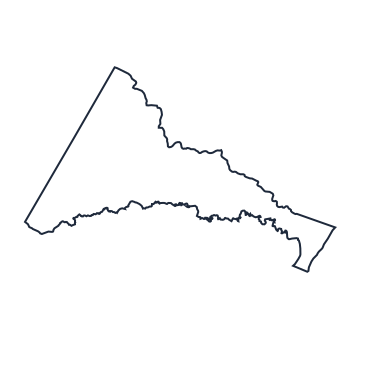 the district of Santo Antônio do Içá, Amazonas, Brazil, rotated 20°
{"feature_id": "56859067B66310767394995", "entity_name": "Santo Antônio do Içá", "entity_type": "district", "adm_level": 2, "iso_a3": "BRA", "parent_name": "Brazil", "parent_adm1": "Amazonas", "projection": "albers", "projection_center": [-68.777, -3.083], "detail": "fine", "context": "isolated", "style": "outline", "palette": "slate", "viewbox_px": 384, "rotation_deg": 20, "n_neighbors": 0, "source": "geoboundaries", "source_scale": "gbopen_adm2", "svg_char_len": 6103}
<svg xmlns="http://www.w3.org/2000/svg" viewBox="0 0 384 384"><g transform="rotate(20 192 192)"><path d="M327.6,227.5L328.4,226.4L327.6,222.8L328.0,216.5L328.8,213.0L331.0,208.2L331.0,206.9L331.6,204.7L333.5,200.8L333.8,199.7L333.9,196.0L335.6,189.4L337.2,179.9L338.7,176.3L297.9,176.7L296.9,177.3L295.7,177.3L293.0,176.8L291.7,176.2L291.1,175.0L289.7,174.5L288.7,174.5L286.7,172.9L285.3,173.2L283.9,175.3L282.6,175.5L281.7,174.9L279.3,176.3L278.1,176.5L276.8,176.0L276.0,174.9L275.7,173.5L275.0,172.1L273.7,171.8L272.4,172.6L270.8,172.8L270.1,172.1L269.7,170.9L269.6,167.3L268.5,166.0L265.0,165.3L260.8,166.4L259.7,166.3L254.9,163.7L252.0,163.5L250.9,162.9L250.9,160.0L250.1,159.4L248.6,159.4L243.9,158.8L241.6,159.4L237.7,159.4L236.2,159.1L235.4,157.9L234.1,157.8L231.3,158.8L228.7,158.8L226.4,158.1L225.1,158.3L223.9,159.0L222.7,159.2L220.3,158.4L219.2,157.5L218.1,155.3L215.5,152.7L214.3,150.4L209.4,149.1L208.0,148.6L207.0,147.5L206.7,144.9L206.2,143.8L205.1,142.7L204.2,143.5L201.7,144.2L200.4,145.2L198.1,147.9L196.6,148.9L194.9,149.5L193.3,149.4L191.9,148.8L190.6,149.0L189.4,149.6L188.0,150.7L186.8,152.3L185.8,152.8L184.6,152.6L183.7,151.9L181.3,151.6L180.3,151.1L179.0,151.2L176.3,152.2L174.9,151.9L173.6,152.0L172.4,152.3L171.7,153.3L170.4,153.6L169.3,154.3L168.1,154.3L167.0,153.6L165.1,150.5L164.3,149.8L163.2,149.4L161.5,150.0L160.0,151.1L159.1,152.4L157.9,155.6L156.8,156.9L155.2,157.8L154.6,157.6L153.8,157.4L152.6,154.7L151.1,152.6L150.7,151.1L149.9,150.1L146.7,148.4L145.2,144.6L143.5,142.8L141.9,141.9L138.8,143.0L138.3,141.6L139.0,138.8L137.4,135.2L137.4,129.8L136.1,127.2L134.4,124.8L132.8,124.1L130.9,124.6L129.5,122.9L124.1,124.3L121.1,125.7L119.7,126.0L118.6,124.1L118.5,122.2L117.6,120.8L116.4,119.8L114.4,117.0L113.0,115.6L110.3,114.1L104.8,113.9L103.1,114.5L100.9,114.1L101.0,112.3L102.1,110.4L102.3,108.5L101.5,107.4L96.9,106.1L94.5,103.7L91.7,102.6L79.2,101.2L76.7,101.3L62.8,180.4L45.3,277.2L48.9,278.4L51.1,280.6L54.1,280.8L55.0,281.2L60.8,281.6L62.5,282.1L63.5,282.8L65.3,282.8L70.6,278.3L73.6,277.5L74.6,277.1L75.0,276.6L74.8,274.7L75.2,273.1L78.0,269.4L78.0,268.9L78.7,267.4L78.7,266.3L79.1,266.1L79.2,265.4L80.2,263.9L81.1,263.7L82.4,264.0L82.9,263.9L83.8,263.2L84.9,263.1L85.8,263.8L86.9,264.1L87.7,264.9L88.7,264.5L90.3,265.0L91.3,263.9L93.1,262.4L92.6,261.3L92.7,260.5L92.3,260.2L91.8,258.6L90.9,258.0L89.9,257.8L89.5,257.4L89.6,256.9L90.7,256.5L91.6,255.2L92.5,254.9L92.8,254.5L92.6,253.8L93.8,251.6L95.0,251.9L95.7,252.5L96.5,252.3L96.9,252.6L97.9,252.2L98.2,251.3L98.7,250.9L99.9,250.7L101.1,250.9L102.2,249.6L104.1,249.6L105.3,249.0L105.7,248.4L105.6,248.0L106.7,247.5L106.9,246.5L107.2,246.2L109.1,245.9L110.0,244.3L111.2,244.4L111.6,243.9L112.0,244.3L112.5,244.2L112.8,243.7L113.1,242.2L114.0,241.6L114.3,241.2L114.8,238.1L115.3,237.6L115.6,238.0L116.4,236.5L117.0,236.1L117.7,235.9L118.3,236.1L118.4,237.2L118.8,237.3L119.5,238.2L120.6,238.6L120.7,238.2L121.2,238.1L121.9,238.3L122.1,237.7L123.2,237.4L124.5,237.9L125.8,237.5L126.8,237.8L127.3,237.8L128.1,236.9L128.7,237.2L129.2,234.4L130.3,232.4L132.0,231.2L134.6,230.9L134.2,230.6L134.4,230.1L135.4,228.5L136.8,227.7L137.1,227.1L136.7,226.5L137.5,222.2L138.9,221.1L141.5,221.0L142.2,221.2L143.5,220.9L146.8,221.3L149.4,222.2L151.6,224.3L151.9,223.8L153.7,223.6L154.3,222.2L155.8,221.6L157.2,220.1L158.6,219.6L159.0,218.9L158.5,217.0L160.0,216.5L161.1,213.6L161.6,213.7L162.0,214.3L162.5,214.0L162.6,213.4L163.5,212.6L163.9,212.6L164.4,213.0L164.5,213.6L165.5,214.0L166.1,213.2L168.4,212.2L169.6,211.8L171.0,211.7L172.0,211.9L172.7,211.7L173.2,210.7L173.7,210.3L176.0,209.6L177.7,210.3L180.8,211.0L181.3,210.7L181.2,210.0L180.6,209.4L181.1,209.0L181.6,209.4L182.7,209.4L184.3,208.5L183.7,207.6L184.1,206.5L184.6,206.4L185.0,206.7L185.6,206.7L185.6,206.3L186.5,206.0L186.8,206.5L186.0,207.8L186.4,208.1L187.4,206.9L187.9,206.6L189.5,206.5L189.6,205.7L190.2,205.1L190.8,204.7L191.4,204.7L192.8,206.2L192.7,206.8L191.7,207.4L192.3,207.6L193.7,207.6L194.6,207.1L194.7,206.1L195.6,205.9L199.6,203.9L201.7,204.6L202.5,206.1L204.3,207.8L204.7,208.7L204.8,212.8L206.7,213.2L208.2,212.8L208.7,213.0L208.8,213.7L209.1,214.3L210.4,213.1L210.9,212.9L212.2,213.3L212.8,213.1L213.1,211.7L215.1,211.1L215.5,211.2L215.7,211.6L215.0,212.6L216.5,213.0L218.1,213.8L219.1,213.7L219.7,213.0L219.3,211.5L217.3,211.6L217.4,210.8L218.3,210.1L220.2,210.3L220.3,209.9L220.0,209.5L219.0,209.2L218.1,209.5L217.8,209.1L218.8,207.5L219.7,207.1L220.6,206.1L222.2,206.1L223.3,205.3L224.2,205.4L225.3,207.0L225.6,208.3L225.9,208.6L226.4,208.3L227.1,207.1L228.3,208.1L230.4,207.6L231.1,207.1L231.7,206.3L231.8,205.3L232.1,205.0L233.3,205.1L235.0,204.7L236.4,205.4L239.1,205.9L239.5,202.8L239.9,202.6L240.3,202.9L242.0,202.5L243.4,202.5L243.4,201.5L243.8,201.3L244.7,203.3L245.1,203.6L245.6,203.6L245.1,202.7L244.9,200.1L245.1,199.7L246.2,199.9L246.3,199.3L245.3,199.0L245.1,198.7L244.8,196.9L245.2,195.8L245.1,193.3L246.1,192.2L247.5,191.6L248.6,192.1L250.3,195.2L250.7,195.0L251.4,193.9L250.5,193.0L250.4,192.5L251.1,192.5L251.4,193.1L252.0,193.3L252.6,193.3L253.9,194.7L254.4,194.8L254.5,194.3L254.2,194.1L254.4,192.7L255.6,193.9L256.5,193.2L258.1,193.9L260.3,194.0L261.6,193.3L263.5,191.3L264.0,191.2L264.7,191.6L265.0,192.1L263.4,193.0L264.0,194.7L265.1,195.3L265.3,196.2L266.9,196.2L267.5,197.3L269.2,198.2L271.1,197.6L271.8,196.3L271.7,195.2L270.2,194.0L270.1,192.7L274.7,190.0L275.0,190.5L274.2,190.8L274.1,191.4L274.5,191.7L274.9,191.7L275.6,191.0L276.7,191.3L278.9,189.4L279.4,189.5L279.7,190.0L279.6,190.6L279.0,191.4L279.8,192.3L278.9,192.5L279.2,196.0L279.4,196.4L279.9,196.4L280.0,196.0L281.6,195.8L284.0,198.6L285.7,199.4L286.0,199.0L285.6,197.8L285.9,197.0L286.7,196.4L288.4,196.2L288.8,197.0L289.9,198.0L290.2,200.1L290.7,200.1L292.1,198.5L292.5,197.7L293.5,198.3L294.0,198.1L293.9,197.5L293.3,197.6L292.9,197.2L293.0,196.3L293.6,196.2L294.1,196.4L294.9,197.2L296.9,201.8L297.5,202.6L299.0,203.2L299.7,203.0L302.0,201.5L306.0,199.6L307.5,199.5L308.0,200.8L309.0,201.0L311.1,203.9L313.1,208.0L315.2,213.5L315.4,214.9L314.8,218.7L313.4,224.5L312.2,226.8L327.6,227.5Z" fill="none" stroke="#1e293b" stroke-width="2"/></g></svg>